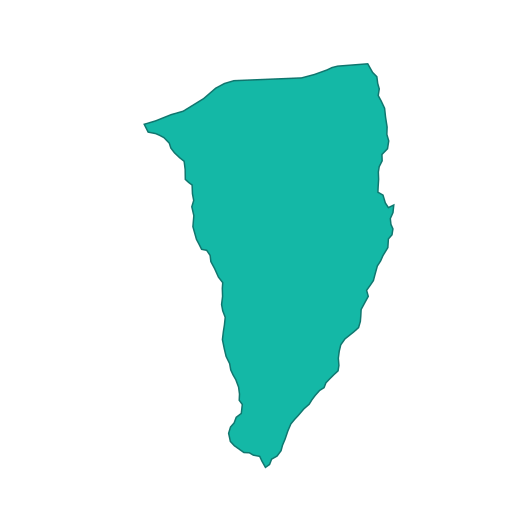 Santa Albertina, São Paulo, Brazil, rotated 9°
{"feature_id": "56859067B20515811466790", "entity_name": "Santa Albertina", "entity_type": "district", "adm_level": 2, "iso_a3": "BRA", "parent_name": "Brazil", "parent_adm1": "São Paulo", "projection": "equal_earth", "projection_center": [-50.724, -20.031], "detail": "fine", "context": "isolated", "style": "filled", "palette": "teal", "viewbox_px": 512, "rotation_deg": 9, "n_neighbors": 0, "source": "geoboundaries", "source_scale": "gbopen_adm2", "svg_char_len": 1868}
<svg xmlns="http://www.w3.org/2000/svg" viewBox="0 0 512 512"><g transform="rotate(9 256 256)"><path d="M125.0,143.4L130.1,150.5L137.8,150.8L142.0,151.9L146.6,153.5L152.7,158.1L155.0,162.7L159.3,166.8L165.1,170.8L170.2,173.7L172.5,181.6L174.2,191.4L178.0,193.9L181.8,195.9L183.5,204.5L185.8,210.9L184.9,217.4L188.3,225.9L189.1,236.9L194.6,248.9L198.0,253.4L201.2,257.9L206.4,258.1L210.6,262.6L212.3,268.6L217.1,274.9L222.2,282.7L227.3,287.5L227.8,293.3L229.3,301.1L229.6,309.3L231.7,315.3L235.2,321.4L235.6,329.1L235.6,335.6L235.9,343.8L239.2,352.6L242.2,359.9L246.8,366.4L248.9,372.5L252.0,377.1L255.4,381.3L259.3,388.2L261.3,394.9L262.0,401.1L265.7,404.8L266.1,413.8L261.7,418.4L260.5,424.3L257.6,428.9L256.7,435.4L259.7,443.2L264.3,446.8L274.8,452.0L280.2,451.4L284.5,453.1L291.0,453.3L293.9,457.6L298.4,463.3L302.0,459.8L303.2,454.2L308.1,450.3L311.2,444.4L311.8,438.7L313.4,432.2L314.8,423.9L316.7,416.4L319.7,411.3L322.6,407.0L327.2,399.5L331.7,394.1L333.7,389.3L336.3,384.4L339.9,378.8L343.8,375.4L344.9,370.3L347.8,366.1L351.3,361.3L355.0,356.6L355.0,351.1L353.3,344.1L353.1,337.0L353.6,330.5L356.8,324.0L360.9,319.5L364.3,315.8L368.5,310.7L369.3,304.3L368.9,299.1L368.2,292.4L371.0,284.4L373.2,278.3L370.6,272.6L373.6,266.6L375.8,261.9L376.4,255.8L377.4,246.9L379.9,241.2L381.3,235.8L384.9,227.1L384.1,218.4L387.0,213.8L387.0,207.8L384.3,203.6L382.8,198.0L384.5,191.7L384.1,184.1L379.2,187.5L375.4,183.3L371.9,176.0L366.4,173.9L365.8,168.5L365.1,161.0L363.7,153.9L363.7,148.5L365.7,142.3L364.5,136.0L369.1,129.5L369.1,121.6L366.2,115.4L365.3,108.1L362.2,98.5L359.9,90.0L355.5,83.5L351.6,78.4L351.6,71.7L349.2,66.5L347.3,60.0L342.4,56.4L336.3,48.7L307.0,55.7L301.6,58.0L297.1,61.1L285.3,67.6L273.1,73.0L206.8,86.3L197.8,90.6L190.0,96.5L179.7,108.7L161.4,124.4L150.2,129.6L135.6,138.3L125.0,143.4Z" fill="#14b8a6" stroke="#0f766e" stroke-width="1.5"/></g></svg>